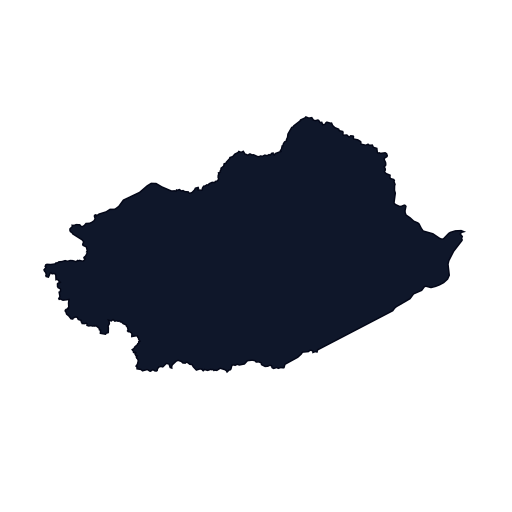 Lacar, Neuquén, Argentina, rotated 332°
{"feature_id": "61730980B88853023630124", "entity_name": "Lacar", "entity_type": "district", "adm_level": 2, "iso_a3": "ARG", "parent_name": "Argentina", "parent_adm1": "Neuquén", "projection": "equal_earth", "projection_center": [-71.392, -40.311], "detail": "fine", "context": "isolated", "style": "filled", "palette": "ink", "viewbox_px": 512, "rotation_deg": 332, "n_neighbors": 0, "source": "geoboundaries", "source_scale": "gbopen_adm2", "svg_char_len": 6070}
<svg xmlns="http://www.w3.org/2000/svg" viewBox="0 0 512 512"><g transform="rotate(332 256 256)"><path d="M351.0,368.5L353.9,367.1L356.2,366.6L371.9,366.0L377.3,363.4L386.1,364.1L390.4,362.1L391.9,362.5L395.7,366.0L400.2,367.1L404.4,367.6L409.2,367.6L414.3,366.3L417.6,363.7L421.7,353.3L424.1,350.6L432.7,344.6L444.9,339.1L445.6,338.6L445.6,337.5L446.0,336.8L447.3,335.6L446.6,332.4L448.6,331.6L450.9,332.1L449.1,329.9L443.8,327.4L438.7,326.4L436.9,326.5L429.8,328.8L428.2,328.6L426.4,326.6L422.6,319.4L415.3,312.4L414.9,309.2L415.0,304.2L414.4,302.7L411.6,299.3L410.0,294.7L407.7,290.3L408.0,287.8L408.8,286.0L411.7,282.5L411.4,281.3L410.8,280.7L407.6,280.4L406.0,279.6L403.2,275.9L402.8,274.3L402.9,273.7L408.5,265.9L409.1,263.0L411.3,259.1L412.4,258.0L412.7,255.2L413.6,254.3L413.5,253.1L411.0,250.7L411.3,249.1L412.3,247.6L409.6,244.3L409.1,242.9L409.1,241.7L410.6,240.7L411.1,239.3L411.0,237.4L412.9,236.9L413.7,235.8L414.3,234.2L414.4,231.6L415.0,230.0L418.3,229.7L419.0,229.0L419.3,227.0L418.5,225.5L414.2,223.9L413.3,222.8L412.0,222.4L411.8,221.3L413.2,217.7L410.6,215.1L410.8,212.7L408.1,211.5L407.4,209.9L405.0,209.8L401.4,206.7L401.2,206.2L402.1,204.5L401.9,203.8L400.4,201.2L397.3,198.7L397.2,197.6L398.1,196.5L398.1,195.7L396.0,194.3L394.7,194.8L393.9,194.5L393.0,191.8L389.9,190.4L389.8,189.2L390.7,188.1L391.0,186.8L388.4,184.5L388.5,182.8L385.9,179.7L384.9,176.7L385.1,174.1L384.1,173.7L381.4,171.1L380.3,171.2L378.7,172.2L376.5,171.4L376.8,168.8L375.2,168.3L375.0,165.8L374.5,165.0L372.0,164.4L370.5,163.1L370.2,160.0L367.4,159.1L365.3,156.6L363.9,157.1L359.3,156.8L358.1,157.5L350.5,158.8L349.3,159.5L347.9,159.3L341.5,163.3L339.5,166.1L337.7,167.4L336.9,168.7L334.8,168.7L333.0,169.7L331.5,171.4L330.8,171.1L328.8,173.5L326.9,174.6L327.0,175.4L321.1,174.6L319.6,175.4L319.0,174.5L319.4,173.1L317.9,172.7L316.1,173.7L315.1,172.6L313.5,172.7L312.3,172.2L311.2,171.1L308.2,171.0L307.2,169.9L305.2,169.7L304.0,168.9L301.4,165.5L299.6,164.7L299.1,163.5L298.1,162.9L296.0,163.3L295.5,162.2L294.1,160.9L293.9,157.6L291.5,157.5L289.9,155.6L288.8,156.2L285.2,156.1L282.1,157.3L279.2,156.8L278.6,157.6L273.8,159.3L273.2,160.1L271.2,159.6L269.7,161.5L266.3,162.1L266.1,163.0L264.6,163.9L263.7,165.2L261.9,165.0L261.6,166.5L260.7,166.8L259.5,168.7L259.2,170.4L257.2,171.7L255.1,171.1L254.0,171.8L251.9,170.4L248.6,170.2L246.9,170.9L246.1,170.1L243.9,170.3L242.5,169.8L240.5,171.0L239.6,172.3L238.7,172.4L235.8,170.3L235.8,169.8L237.0,169.2L237.1,168.3L234.3,167.7L232.8,168.8L229.4,169.9L226.9,169.6L226.5,169.1L226.3,167.6L223.3,165.7L222.3,164.0L220.5,163.5L219.6,161.4L217.3,161.0L216.8,160.4L215.6,161.2L214.8,160.3L211.9,159.0L205.3,150.8L201.8,145.1L197.6,142.7L192.8,143.0L183.1,145.2L165.2,144.4L158.2,147.8L154.4,148.4L153.1,148.4L149.0,146.3L144.5,146.7L137.1,145.3L134.2,145.7L134.3,145.0L133.4,144.2L133.1,144.3L133.2,144.9L132.4,144.5L131.9,145.3L131.6,147.3L130.8,148.1L129.4,148.9L126.6,149.2L124.4,149.0L121.2,147.5L118.7,148.5L116.4,148.6L115.4,147.7L115.0,145.7L112.0,143.9L109.8,143.6L108.1,142.6L108.0,143.4L107.3,143.9L104.5,144.7L103.8,145.9L103.6,147.3L104.6,149.3L104.6,150.5L110.1,160.1L110.5,162.6L108.5,164.3L108.3,165.4L110.5,168.3L109.5,172.2L108.5,172.8L108.8,173.1L108.4,174.1L105.6,176.0L103.4,176.5L103.2,177.3L104.0,177.9L103.4,178.6L101.7,179.3L100.3,179.1L98.1,177.0L97.0,177.0L96.5,176.2L94.4,176.5L92.0,174.1L89.9,172.8L87.1,172.2L85.3,170.5L82.2,169.9L79.1,168.6L77.6,168.9L76.0,168.2L74.8,168.7L70.6,167.1L67.5,165.2L66.3,165.1L65.0,166.2L65.4,167.0L64.7,167.7L62.3,168.7L62.2,170.1L62.6,171.8L62.0,174.1L61.2,174.7L61.1,175.6L62.8,177.2L66.1,174.6L67.1,174.5L67.6,176.0L69.6,176.7L70.3,177.8L70.2,179.1L68.3,183.0L69.4,183.2L69.9,183.9L70.3,186.3L70.9,187.3L70.0,187.5L68.8,187.0L67.6,187.4L66.4,189.9L66.5,191.2L67.9,193.0L67.8,193.6L66.6,195.6L65.2,195.5L63.9,199.7L61.8,201.1L61.9,201.9L63.0,202.0L64.8,204.4L70.5,206.6L68.4,209.5L66.7,213.2L65.5,213.7L65.6,214.4L63.3,214.0L62.1,214.4L61.7,215.1L61.9,216.3L61.5,218.4L62.6,221.0L63.2,224.6L64.6,225.6L65.6,224.9L68.3,225.2L69.4,226.3L69.3,228.6L71.4,230.8L70.8,232.1L71.0,232.9L70.8,234.0L73.0,235.3L74.5,235.6L75.0,236.4L74.2,237.9L75.4,239.2L77.4,239.9L79.2,241.4L80.5,241.5L80.8,242.3L82.0,242.3L83.6,246.2L83.1,247.7L83.9,248.6L82.3,251.2L86.4,254.4L87.9,253.7L89.1,254.3L89.7,254.1L91.9,250.2L92.5,248.4L94.7,247.0L95.5,245.1L95.6,243.3L97.7,245.4L99.9,245.0L100.8,247.3L102.2,247.5L103.7,248.9L105.1,249.2L105.3,250.5L106.3,251.1L107.0,253.4L109.1,255.9L108.7,256.8L109.1,258.1L108.8,259.8L108.3,261.3L107.4,261.8L107.7,262.9L108.4,263.0L109.8,265.0L109.9,266.5L108.5,268.8L112.5,270.1L113.8,271.1L113.5,272.4L113.8,272.9L113.3,274.5L113.6,276.7L112.2,276.6L111.5,278.0L110.5,277.9L109.7,278.6L106.0,279.5L105.1,280.4L102.7,280.6L103.1,282.5L102.6,283.6L103.3,284.5L104.1,284.1L104.6,284.9L103.2,285.9L103.2,287.6L104.2,288.4L102.9,289.1L102.8,290.4L103.2,291.3L102.9,293.2L100.5,295.9L98.4,296.9L99.1,298.4L98.5,298.6L98.0,299.8L101.2,302.2L101.9,304.1L106.4,305.1L107.1,305.7L108.2,307.8L108.8,308.2L111.6,307.9L112.8,310.0L114.1,310.8L115.0,310.7L116.0,309.4L118.0,308.4L120.4,308.9L121.2,309.9L121.9,310.1L126.3,308.7L128.5,310.5L127.9,314.2L129.0,315.4L129.6,314.1L130.9,312.8L136.4,311.3L138.3,311.6L140.6,314.1L141.2,316.1L143.3,317.4L144.4,317.1L145.4,317.5L146.7,320.5L148.6,321.9L148.6,324.2L149.8,328.7L153.6,329.4L155.1,330.7L155.3,332.2L155.7,332.6L157.2,332.0L159.6,334.3L162.8,334.8L163.5,335.6L164.7,335.9L165.1,337.3L165.7,337.2L167.7,338.6L171.7,338.3L175.3,341.9L176.0,343.4L176.0,344.8L178.9,344.0L179.8,344.4L180.8,344.0L183.5,341.1L185.4,341.8L186.2,342.7L188.6,342.8L190.1,344.4L195.1,345.9L199.3,344.4L203.8,346.2L205.9,347.9L206.4,349.7L208.8,350.8L210.2,352.5L210.4,353.2L209.9,354.5L212.2,357.8L214.8,358.9L216.3,358.8L218.3,360.1L217.8,362.1L218.7,363.5L222.0,364.2L222.9,365.6L225.4,366.1L227.7,367.6L228.3,367.7L230.7,365.2L245.3,365.0L249.9,363.8L251.9,362.7L257.4,365.0L259.2,364.6L260.3,365.1L261.6,366.5L261.0,367.9L263.4,368.2L264.8,369.4L266.3,367.8L351.0,368.5Z" fill="#0f172a" stroke="#020617" stroke-width="1.5"/></g></svg>